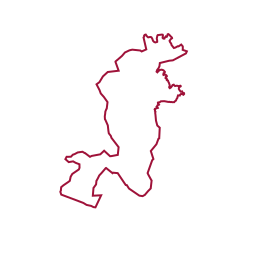 Ogoja, Cross River, Nigeria (Natural Earth projection), rotated 142°
{"feature_id": "59680162B30816727026324", "entity_name": "Ogoja", "entity_type": "district", "adm_level": 2, "iso_a3": "NGA", "parent_name": "Nigeria", "parent_adm1": "Cross River", "projection": "natural_earth1", "projection_center": [8.633, 6.522], "detail": "fine", "context": "isolated", "style": "outline", "palette": "rose", "viewbox_px": 256, "rotation_deg": 142, "n_neighbors": 0, "source": "geoboundaries", "source_scale": "gbopen_adm2", "svg_char_len": 3373}
<svg xmlns="http://www.w3.org/2000/svg" viewBox="0 0 256 256"><g transform="rotate(142 128 128)"><path d="M125.9,181.8L127.1,175.4L128.2,172.0L127.9,167.3L128.2,161.0L132.9,156.3L133.5,156.2L135.7,154.9L137.3,153.2L139.1,151.5L140.5,149.5L140.8,149.0L140.8,148.4L142.3,142.5L145.2,137.8L146.4,135.6L146.4,132.3L147.1,130.5L147.2,118.7L152.6,113.1L158.6,116.2L159.5,116.8L160.8,124.8L166.0,124.3L173.9,128.4L175.7,128.7L177.3,134.7L177.5,134.8L178.5,137.3L182.7,139.7L186.2,140.3L187.8,140.9L190.7,140.5L194.1,143.1L196.5,142.0L195.7,137.6L191.8,135.5L190.7,132.8L188.6,129.3L190.7,126.5L192.2,125.6L200.2,126.1L203.2,124.9L206.4,122.2L208.0,122.2L214.2,122.6L217.1,122.5L219.0,120.5L219.3,120.1L220.6,119.4L221.6,116.6L209.3,96.4L208.0,92.9L205.0,89.3L203.9,86.9L202.5,85.5L190.6,91.5L197.4,96.3L192.1,102.0L187.9,103.2L185.4,105.8L184.1,106.3L182.3,107.1L179.9,108.3L176.6,108.8L170.2,110.1L169.9,110.0L168.0,101.9L167.3,102.0L165.1,99.9L163.9,98.8L164.9,84.5L164.1,83.7L164.5,79.7L160.7,67.7L158.4,65.3L155.7,64.9L155.5,65.0L151.1,65.9L147.3,66.4L141.7,72.1L141.7,72.7L140.7,78.8L140.3,80.4L128.8,87.7L127.1,87.9L124.2,95.8L115.6,97.7L110.6,100.8L109.8,100.6L102.8,108.7L103.4,111.9L101.4,116.6L98.1,121.7L97.2,123.3L96.4,123.8L96.3,124.9L95.8,125.3L95.5,125.7L95.5,126.3L95.0,126.5L94.7,126.3L92.5,125.7L92.1,125.5L92.0,125.9L92.2,126.3L92.5,126.6L92.5,127.1L92.0,127.2L91.8,127.1L91.4,127.3L91.0,127.7L90.3,127.8L89.5,127.3L89.2,127.3L89.2,129.0L88.9,129.5L88.5,129.6L87.7,129.0L87.1,128.8L85.7,128.8L83.0,126.9L81.8,125.6L80.7,124.3L79.9,123.5L79.2,123.1L79.0,122.7L78.5,122.2L78.0,122.0L77.6,121.5L76.9,120.8L76.3,120.4L75.6,119.9L74.8,120.2L73.9,120.1L73.3,120.1L72.0,120.9L70.4,121.4L70.0,121.9L68.5,122.9L67.2,121.7L66.7,122.1L65.3,122.2L64.3,121.2L63.9,120.1L62.9,120.2L62.5,120.7L62.4,121.1L63.2,121.8L63.4,122.2L63.1,122.5L62.8,123.5L63.3,123.8L64.1,124.2L64.1,126.0L63.9,127.5L63.1,128.4L62.3,128.9L61.9,128.6L61.4,128.4L60.8,128.4L60.6,128.8L60.8,129.2L61.4,129.3L62.4,129.9L63.3,131.1L63.7,131.4L65.1,132.1L65.3,133.1L65.3,134.0L66.4,134.4L66.9,134.1L67.9,133.9L69.1,133.5L69.9,133.6L70.5,133.6L70.6,134.1L70.4,134.9L69.3,135.4L68.8,136.0L67.9,138.5L67.8,139.5L67.3,140.7L67.4,141.2L67.9,141.6L67.9,142.0L67.3,142.4L67.1,143.3L67.7,144.0L67.7,144.3L67.2,144.6L66.7,145.1L66.2,145.2L65.8,144.9L65.5,144.9L65.3,145.4L65.5,146.7L66.1,147.4L67.4,147.9L67.2,148.5L66.2,149.3L64.9,149.1L64.4,149.5L64.5,151.6L65.5,153.2L67.3,154.2L69.5,154.0L70.6,153.8L70.8,154.8L69.3,155.8L67.2,156.3L65.2,157.3L62.9,159.6L54.0,155.6L51.0,153.7L36.4,151.1L34.4,152.2L36.8,155.9L35.7,157.1L34.6,158.6L34.7,161.0L36.6,161.1L37.9,161.2L38.5,161.8L41.1,162.2L42.6,162.8L42.6,163.4L42.6,166.7L42.0,167.9L42.0,169.6L41.6,171.1L39.7,171.7L38.0,171.6L37.7,172.2L37.9,173.7L38.1,176.2L38.5,177.3L39.1,177.4L40.7,176.2L41.4,176.0L41.6,176.4L41.8,176.9L43.6,176.5L44.2,176.0L44.5,176.1L45.1,176.7L45.2,177.8L43.5,179.4L43.2,180.1L43.7,180.7L47.4,182.9L48.0,182.7L49.8,181.2L50.4,180.6L50.9,179.4L51.7,178.2L52.0,177.9L53.8,178.6L54.4,179.6L54.6,181.3L53.9,183.4L53.7,185.1L54.5,186.1L56.3,187.0L56.6,188.4L56.5,190.7L57.5,191.1L58.4,190.9L58.8,190.2L59.2,190.0L60.0,189.8L65.2,178.7L70.1,179.9L70.6,181.5L76.4,187.1L79.0,188.3L83.9,189.4L88.3,188.5L96.9,188.1L97.2,187.7L100.1,178.9L109.5,184.6L116.0,184.1L122.3,181.7L125.9,181.8Z" fill="none" stroke="#9f1239" stroke-width="2"/></g></svg>